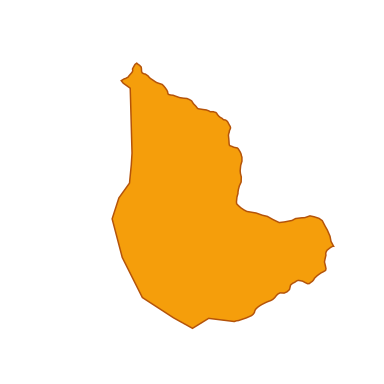 the district of Langchhenphu, Samdrup Jongkhar, Bhutan, rotated 59°
{"feature_id": "84629894B84259399341451", "entity_name": "Langchhenphu", "entity_type": "district", "adm_level": 2, "iso_a3": "BTN", "parent_name": "Bhutan", "parent_adm1": "Samdrup Jongkhar", "projection": "natural_earth1", "projection_center": [92.002, 26.919], "detail": "fine", "context": "isolated", "style": "filled", "palette": "amber", "viewbox_px": 384, "rotation_deg": 59, "n_neighbors": 0, "source": "geoboundaries", "source_scale": "gbopen_adm2", "svg_char_len": 2730}
<svg xmlns="http://www.w3.org/2000/svg" viewBox="0 0 384 384"><g transform="rotate(59 192 192)"><path d="M311.4,98.6L305.9,98.3L301.0,96.5L294.3,95.6L289.8,95.5L283.7,95.1L280.0,96.7L276.2,100.0L273.2,103.2L272.1,108.5L270.5,111.5L268.1,116.9L267.9,120.9L265.3,128.1L263.1,133.0L257.3,136.8L251.7,140.0L248.1,143.7L243.1,147.8L236.9,155.0L234.1,156.7L230.9,158.2L227.7,159.2L225.1,159.8L223.4,159.0L219.5,156.1L217.0,153.4L215.7,152.6L213.7,150.9L211.1,148.2L208.7,144.7L204.5,142.0L201.2,141.0L198.6,139.8L194.2,136.5L191.3,133.3L187.9,131.3L186.1,130.9L184.8,130.4L182.8,130.1L180.8,130.1L179.0,130.1L177.7,130.4L176.4,131.8L175.2,133.1L173.6,134.2L171.8,135.7L171.0,135.8L169.7,135.3L167.8,134.3L165.4,133.1L163.9,132.4L162.2,131.6L161.0,130.6L159.9,129.3L158.7,128.3L157.3,126.3L156.6,125.8L155.3,125.5L153.6,125.5L151.9,125.4L150.4,125.3L148.7,125.6L147.5,126.3L146.2,127.8L144.4,128.3L142.5,129.4L140.7,130.0L138.8,130.3L137.1,130.3L136.1,130.6L135.1,131.6L134.2,132.3L133.1,134.1L132.7,134.9L131.1,135.8L129.0,137.5L127.0,140.0L124.0,143.6L123.2,144.2L120.5,144.5L117.1,145.3L113.7,145.4L111.6,146.5L109.2,148.2L107.2,151.0L104.7,154.0L100.7,157.3L99.4,158.3L98.0,160.2L96.7,161.5L95.9,162.0L94.7,161.8L93.6,161.3L91.5,161.1L88.8,161.3L86.2,161.7L84.4,162.2L82.3,164.0L79.9,166.0L78.1,166.9L75.9,167.9L73.2,169.2L71.3,169.7L69.8,169.9L66.8,171.3L66.2,172.1L64.4,173.3L63.5,173.3L62.4,173.0L61.9,172.7L60.4,171.9L58.7,171.2L56.4,171.7L54.2,172.7L53.1,173.0L53.2,173.9L53.2,174.7L53.6,175.8L54.1,176.6L54.6,177.5L55.3,178.7L55.8,179.5L56.2,179.8L57.1,180.1L57.7,180.5L58.2,181.2L58.6,182.0L58.9,182.9L59.1,183.5L59.3,184.2L59.8,185.6L60.1,186.6L60.4,187.2L60.6,187.6L60.6,188.2L60.5,189.0L60.5,189.6L60.5,190.4L60.3,191.1L60.1,191.8L60.1,192.6L60.1,194.9L60.1,195.3L63.3,194.9L71.2,191.5L81.9,197.5L127.8,223.4L137.4,230.0L152.2,241.0L159.4,257.7L173.9,274.3L212.2,285.5L256.9,288.9L290.4,272.6L309.1,261.8L308.9,242.8L322.1,225.9L324.8,222.5L325.3,220.2L326.1,218.5L326.6,216.2L327.2,213.5L327.9,210.3L328.3,207.1L328.6,204.6L328.3,202.6L327.5,200.7L325.9,199.0L325.1,197.3L324.6,194.8L324.4,192.6L324.4,190.0L324.6,187.2L324.8,184.9L325.2,182.4L325.6,180.5L325.7,178.2L325.2,175.6L324.2,173.0L323.7,171.0L323.8,168.5L325.0,166.7L326.1,165.1L326.5,161.9L325.8,158.7L324.1,157.0L322.5,155.4L322.1,152.9L322.3,150.3L322.1,148.0L322.5,146.4L324.0,144.6L325.4,143.1L327.5,141.9L330.1,140.2L330.9,138.7L330.7,137.1L330.5,134.7L329.9,132.9L329.0,131.4L328.3,128.4L328.0,126.0L327.8,123.1L328.0,120.5L328.0,117.9L326.8,116.7L324.1,115.7L320.2,114.5L318.5,113.0L316.4,111.0L315.2,109.8L313.5,109.0L312.6,108.1L311.5,106.3L311.2,104.2L310.9,101.8L311.0,99.2L311.4,98.6Z" fill="#f59e0b" stroke="#b45309" stroke-width="1.5"/></g></svg>